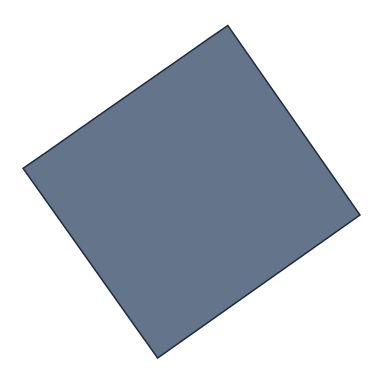 Morton, Kansas, United States of America (Equal Earth projection), rotated 55°
{"feature_id": "52423323B48743122648364", "entity_name": "Morton", "entity_type": "district", "adm_level": 2, "iso_a3": "USA", "parent_name": "United States of America", "parent_adm1": "Kansas", "projection": "equal_earth", "projection_center": [-101.947, 37.191], "detail": "fine", "context": "isolated", "style": "filled", "palette": "slate", "viewbox_px": 384, "rotation_deg": 55, "n_neighbors": 0, "source": "geoboundaries", "source_scale": "gbopen_adm2", "svg_char_len": 435}
<svg xmlns="http://www.w3.org/2000/svg" viewBox="0 0 384 384"><g transform="rotate(55 192 192)"><path d="M307.2,67.6L76.1,67.2L76.1,76.1L75.9,90.1L76.0,117.3L76.0,124.8L75.9,149.7L75.8,223.0L75.8,233.6L75.9,241.8L75.8,245.2L75.9,290.3L75.9,290.7L75.9,292.1L75.8,293.0L75.8,296.8L75.7,316.8L82.4,316.8L95.7,316.7L142.5,316.4L286.2,315.6L286.7,315.5L308.3,315.4L307.2,67.6Z" fill="#64748b" stroke="#1e293b" stroke-width="1.5"/></g></svg>